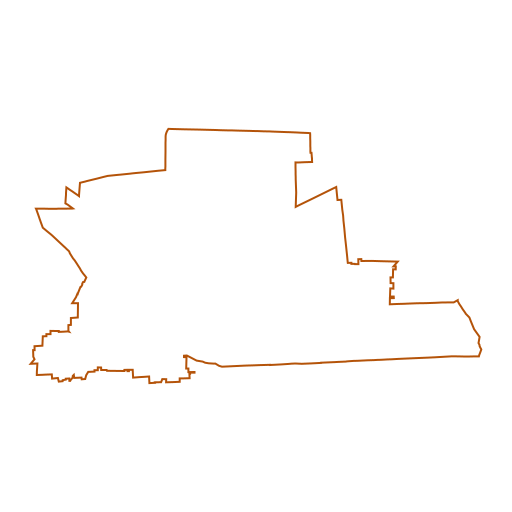 Metepec, México, Mexico
{"feature_id": "50627088B30760870032876", "entity_name": "Metepec", "entity_type": "district", "adm_level": 2, "iso_a3": "MEX", "parent_name": "Mexico", "parent_adm1": "México", "projection": "mercator", "projection_center": [-99.596, 19.251], "detail": "fine", "context": "isolated", "style": "outline", "palette": "amber", "viewbox_px": 512, "rotation_deg": 0, "n_neighbors": 0, "source": "geoboundaries", "source_scale": "gbopen_adm2", "svg_char_len": 4902}
<svg xmlns="http://www.w3.org/2000/svg" viewBox="0 0 512 512"><path d="M161.1,382.2L162.3,379.1L166.2,379.2L166.1,382.3L172.9,382.1L179.7,381.8L179.7,378.4L183.0,378.4L189.6,378.2L189.4,373.8L190.1,373.8L190.1,372.7L194.5,372.7L194.5,372.0L188.4,372.1L188.4,368.5L186.2,368.5L186.5,357.2L184.0,357.1L184.0,355.7L186.8,355.5L190.1,357.2L196.6,360.6L202.7,361.6L205.1,362.7L208.7,363.3L213.5,363.6L215.4,363.6L219.0,365.8L222.0,366.7L234.7,366.1L245.2,365.6L248.2,365.5L252.2,365.4L260.0,365.1L263.8,365.0L270.2,364.8L270.2,365.0L274.0,364.8L281.5,364.4L289.0,363.9L291.1,363.7L295.2,363.5L301.7,363.8L311.4,363.4L321.1,362.9L321.1,362.7L328.0,362.4L334.9,362.1L338.4,361.9L345.3,361.6L345.9,361.6L346.7,361.4L353.5,360.9L357.6,360.8L367.5,360.3L374.1,360.1L377.4,359.9L380.9,359.8L387.9,359.4L391.4,359.3L398.4,358.9L407.3,358.5L414.3,358.2L421.4,357.9L428.5,357.6L434.8,357.3L438.2,357.1L445.2,356.7L452.1,356.3L459.0,356.4L463.2,356.5L469.8,356.5L474.3,356.4L478.9,356.4L479.2,355.1L480.1,352.8L481.3,349.5L481.0,348.8L480.4,347.8L479.6,346.1L479.5,344.9L478.5,343.0L478.7,342.1L479.6,336.9L474.1,329.2L470.9,321.4L469.4,317.5L465.7,313.7L465.3,312.9L462.6,309.1L461.0,306.5L459.4,304.2L457.7,301.1L457.7,300.2L453.7,302.4L449.2,302.4L441.4,302.5L435.6,302.8L427.1,303.1L422.8,303.2L420.3,303.2L416.0,303.3L408.1,303.6L403.8,303.8L400.1,303.9L396.7,304.0L389.8,304.3L389.9,298.2L393.8,298.1L393.7,296.5L390.0,296.5L390.1,293.8L390.3,288.4L393.4,288.6L393.4,283.2L390.6,283.1L390.5,277.4L392.9,277.4L393.1,269.3L395.7,269.4L395.8,266.4L393.5,266.4L397.7,261.6L381.2,261.2L371.7,260.9L361.4,261.0L361.3,259.1L358.3,259.2L358.4,264.1L354.9,264.1L354.8,263.9L351.4,263.9L351.4,262.8L347.8,262.9L347.7,262.1L347.1,255.9L345.9,244.5L345.1,237.4L344.3,228.4L343.9,224.7L343.4,220.1L343.4,219.5L343.1,215.4L342.3,209.8L341.3,199.8L340.7,199.8L339.4,199.9L337.5,200.0L336.2,187.0L334.8,187.7L333.5,188.3L325.6,192.2L312.8,198.5L308.9,200.4L299.0,205.2L295.7,206.9L296.2,192.6L296.1,190.0L295.7,179.2L295.7,177.2L295.6,174.1L295.6,171.8L295.5,166.8L295.5,165.4L295.5,164.1L295.5,162.4L297.7,162.5L300.3,162.4L304.5,162.2L307.9,162.1L312.1,162.0L312.0,159.7L312.0,158.1L311.9,158.0L311.5,152.8L310.5,152.8L310.4,151.8L310.4,150.7L310.4,148.0L310.3,146.1L310.3,144.7L310.3,141.5L310.2,138.2L310.2,135.0L310.1,133.2L308.4,133.0L305.6,132.9L300.6,132.7L297.3,132.5L290.1,132.2L287.3,132.1L286.6,132.1L273.1,131.6L269.1,131.4L267.5,131.4L263.1,131.3L258.4,131.1L252.7,131.0L250.2,130.9L237.7,130.6L231.6,130.4L228.9,130.4L228.4,130.4L220.5,130.2L215.5,130.0L207.2,129.8L199.7,129.6L189.1,129.4L183.9,129.3L172.2,129.0L169.4,128.9L168.4,128.9L167.9,129.7L167.3,130.7L166.7,131.9L166.1,133.5L165.7,135.1L165.7,135.4L165.6,136.5L165.6,137.6L165.6,140.0L165.5,142.7L165.5,144.5L165.5,145.7L165.5,146.7L165.5,151.5L165.4,159.4L165.4,166.5L165.4,166.8L165.3,168.1L165.3,170.1L157.7,170.8L143.6,172.3L136.0,173.0L132.1,173.4L130.6,173.6L119.9,174.7L118.5,174.8L107.7,175.9L103.2,177.0L97.0,178.6L90.8,180.1L86.7,181.1L85.4,181.5L80.0,182.8L79.8,185.1L79.0,195.3L79.0,196.1L77.9,195.3L74.0,192.6L72.3,191.4L70.6,190.3L70.4,190.2L68.3,188.7L66.4,187.4L66.0,193.1L66.0,194.7L65.6,200.1L65.4,203.4L67.6,204.6L72.9,208.5L72.1,208.6L67.8,208.6L65.7,208.7L64.6,208.7L62.6,208.7L60.7,208.7L59.8,208.7L57.8,208.7L56.5,208.8L55.3,208.8L53.6,208.8L53.2,208.8L51.1,208.8L49.2,208.8L45.2,208.7L44.7,208.7L43.9,208.7L42.0,208.7L39.9,208.7L36.0,208.7L36.2,209.1L38.2,214.7L39.0,217.0L39.9,219.7L40.0,219.9L40.9,222.5L42.0,225.5L42.8,227.7L44.6,229.2L47.1,231.3L50.8,234.3L51.5,234.9L52.3,235.6L58.6,241.5L64.6,247.1L64.8,247.2L66.7,249.1L68.9,251.1L69.6,252.4L69.8,253.2L72.9,258.2L73.7,259.2L74.7,260.4L77.2,264.2L77.5,264.7L78.2,265.8L79.9,268.4L81.0,270.5L83.0,273.4L84.9,275.7L86.3,277.5L84.7,280.9L84.3,281.9L83.0,282.1L82.2,283.8L82.3,284.6L82.0,285.2L81.2,286.7L80.5,286.9L79.9,288.3L77.9,293.3L77.7,294.0L77.4,293.8L76.0,297.2L72.2,303.2L78.0,303.2L77.8,317.5L70.9,318.0L70.9,324.9L68.4,325.1L68.4,330.9L69.0,331.7L67.9,331.4L63.4,331.7L58.8,331.9L58.8,331.0L56.1,331.0L50.5,330.9L50.5,334.1L46.4,334.1L46.4,336.2L42.8,336.3L42.4,345.7L34.5,346.2L34.6,350.1L33.1,350.1L33.3,356.8L34.1,358.4L34.5,359.3L30.7,363.8L37.4,363.5L36.9,371.2L36.8,374.7L36.8,375.0L42.5,374.8L46.0,374.6L51.8,374.4L52.1,378.6L57.9,378.0L58.8,381.6L62.6,381.2L62.7,380.2L65.8,379.6L65.8,378.7L69.3,378.5L69.4,380.9L70.2,380.9L70.5,380.2L72.6,377.7L72.8,375.9L73.8,374.9L74.0,376.4L74.3,377.9L81.5,377.6L81.7,379.3L85.2,379.0L85.7,377.1L86.2,375.2L88.1,372.1L88.2,371.9L94.5,371.6L94.5,370.2L97.8,370.2L97.8,367.4L101.1,367.5L101.2,370.0L102.5,370.0L104.2,370.0L106.7,370.0L107.0,370.8L109.1,370.8L111.9,370.9L115.6,370.9L124.4,371.0L124.4,369.9L127.5,369.8L127.5,371.1L128.9,371.1L128.9,369.8L132.7,369.8L133.1,377.6L139.7,377.1L143.5,376.9L149.1,376.5L149.4,383.1L155.0,382.8L154.9,382.3L161.1,382.2Z" fill="none" stroke="#b45309" stroke-width="2"/></svg>